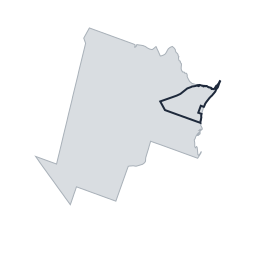 Trarza highlighted on a map of Mauritania, rotated 200°
{"feature_id": "MRT-2788", "entity_name": "Trarza", "entity_type": "Region", "adm_level": 1, "iso_a3": "MRT", "parent_name": "Mauritania", "parent_adm1": "", "projection": "robinson", "projection_center": [-15.679, 17.405], "detail": "fine", "context": "in_parent", "style": "outline", "palette": "slate", "viewbox_px": 256, "rotation_deg": 200, "n_neighbors": 0, "source": "natural_earth", "source_scale": "10m", "svg_char_len": 4697}
<svg xmlns="http://www.w3.org/2000/svg" viewBox="0 0 256 256"><g transform="rotate(200 128 128)"><path d="M112.0,218.9L111.7,218.8L110.3,217.7L109.7,216.5L108.6,215.5L107.1,214.9L106.2,214.2L105.7,213.3L105.2,212.8L104.6,212.5L104.5,212.2L104.7,211.8L104.5,211.1L103.6,209.4L102.8,208.7L102.1,208.8L101.7,208.6L101.5,208.2L101.4,207.7L100.9,207.2L100.1,207.0L99.4,205.8L98.9,203.6L98.3,201.8L97.5,200.6L96.9,200.1L96.5,200.0L96.3,199.8L96.2,199.5L95.6,199.3L94.7,199.7L94.0,199.6L93.6,199.0L93.0,198.9L92.4,199.4L91.6,199.3L90.8,198.5L90.3,197.7L90.2,196.9L88.8,195.3L86.1,192.9L83.1,191.8L79.9,192.0L78.1,191.9L77.7,191.5L77.3,191.5L76.9,192.0L76.4,192.1L76.0,191.8L75.7,192.0L75.6,192.6L74.5,192.9L72.3,192.9L70.5,193.3L69.2,194.0L67.3,194.3L64.9,194.2L63.4,194.0L62.9,193.5L62.2,193.4L61.3,193.7L60.5,194.8L59.8,196.9L59.2,198.1L58.7,198.4L58.2,200.0L57.9,202.6L57.5,203.8L57.5,197.2L58.2,194.8L58.4,192.6L59.9,187.9L61.7,184.0L63.4,178.8L64.0,173.8L63.8,168.9L63.3,164.5L62.5,161.6L61.7,157.5L60.5,155.3L58.3,153.3L57.8,152.2L58.3,151.8L59.7,151.5L60.5,150.0L58.7,150.6L60.8,146.0L61.4,142.9L61.3,140.8L61.7,139.5L60.2,136.8L58.9,133.3L58.3,132.8L57.7,132.5L57.6,133.3L57.3,134.0L56.5,133.6L55.2,131.1L53.3,127.0L52.6,126.5L52.1,127.1L51.7,127.6L51.1,131.1L50.9,129.7L51.2,128.1L51.6,126.1L52.2,123.4L53.8,123.4L56.7,123.4L62.5,123.4L65.4,123.4L71.2,123.4L74.1,123.4L80.0,123.4L82.9,123.4L88.7,123.4L91.6,123.4L97.4,123.3L100.3,123.3L102.2,123.3L102.1,121.4L102.0,119.9L101.9,117.8L101.7,115.7L101.6,113.6L101.5,111.7L101.4,109.8L101.3,108.0L101.2,106.3L101.0,105.4L100.4,103.5L100.2,102.6L100.4,101.6L100.8,100.6L101.9,98.9L103.6,97.6L105.6,96.1L107.1,95.0L107.9,94.7L110.2,94.3L112.1,93.4L113.9,92.6L114.6,92.1L114.7,90.5L114.4,55.1L123.3,55.1L125.7,55.1L142.0,55.1L144.4,55.1L156.3,55.1L156.3,53.4L156.2,51.0L156.2,47.7L156.1,44.4L156.0,38.6L156.0,36.2L158.3,37.8L163.1,41.0L165.5,42.7L170.3,45.9L175.0,49.1L179.8,52.4L182.2,54.0L184.6,55.6L187.0,57.2L189.4,58.9L194.2,62.1L196.2,63.5L199.3,65.6L202.2,67.7L205.1,69.7L200.7,69.7L194.8,69.7L190.8,69.7L186.7,69.7L182.8,69.7L183.2,73.1L183.6,76.7L184.0,80.4L184.4,84.0L184.8,87.6L186.1,98.6L186.5,102.2L186.9,105.8L187.3,109.5L187.7,113.1L188.6,120.4L189.0,124.0L189.4,127.7L189.8,131.3L190.2,135.0L190.7,138.6L191.5,145.9L191.9,149.5L192.3,153.2L192.7,156.8L193.1,160.5L193.6,164.1L194.0,167.7L194.4,171.4L195.2,178.7L195.6,182.3L196.0,185.9L196.4,189.6L196.8,193.1L198.4,195.0L200.3,197.3L199.8,200.6L199.2,204.5L198.5,208.8L193.2,208.8L188.0,208.8L175.0,208.8L172.4,208.8L159.3,208.8L156.7,208.8L151.7,208.8L150.2,208.7L149.6,208.4L149.4,206.2L149.0,206.3L148.5,207.0L148.2,207.7L148.3,208.6L148.2,209.4L146.5,209.7L144.3,210.2L141.9,210.6L139.5,210.5L138.7,210.3L137.8,210.0L135.9,209.7L134.8,209.6L133.6,209.7L132.2,209.9L131.8,210.3L130.7,212.0L129.7,213.9L129.0,213.9L128.3,212.8L126.2,210.8L123.7,208.2L122.5,206.9L121.9,206.8L120.7,207.7L119.7,208.6L118.6,209.8L118.1,211.1L117.8,212.5L117.6,214.2L117.2,216.2L116.3,217.7L115.3,218.9L114.5,219.5L114.2,219.8L112.0,218.9ZM59.6,147.2L58.8,148.6L58.5,148.0L58.3,147.1L59.1,145.8L59.4,145.1L60.0,144.8L59.6,147.2Z" fill="#d9dde1" stroke="#a8b0b8" stroke-width="1"/><path d="M77.8,191.6L77.6,191.4L77.2,191.4L77.1,191.5L76.9,191.9L76.9,192.0L76.7,192.2L76.3,192.0L76.2,191.8L76.1,191.7L75.9,191.6L75.7,191.8L75.6,192.0L75.9,192.4L76.0,192.5L75.9,192.7L75.8,192.8L75.5,192.9L74.2,193.1L73.4,193.0L73.0,193.1L72.8,193.1L72.2,193.4L71.8,193.4L71.7,193.3L71.6,193.2L71.4,192.9L71.2,192.9L71.0,193.0L70.9,193.2L70.6,193.7L70.4,193.8L70.1,193.9L69.5,193.8L69.4,193.8L69.2,193.9L68.9,194.2L68.7,194.3L68.4,194.4L68.2,194.3L67.9,194.2L67.3,194.1L66.8,193.9L66.6,193.9L66.2,194.0L65.7,193.8L65.0,194.1L64.9,194.1L64.7,194.1L64.4,194.1L64.0,194.2L63.7,194.2L63.4,194.0L63.2,193.8L63.1,193.5L63.0,193.4L62.8,193.4L62.7,193.3L62.4,193.4L62.0,193.7L61.9,193.8L61.7,193.8L61.2,193.7L60.9,193.8L60.6,194.0L60.4,194.2L60.2,194.5L60.1,194.8L60.0,195.3L59.5,197.8L59.4,198.0L59.2,198.3L58.7,198.4L58.5,198.6L58.4,198.9L58.4,199.9L58.1,200.5L58.0,201.1L57.9,201.3L57.8,202.9L57.7,203.7L57.4,204.2L57.6,201.8L57.6,200.5L57.5,197.5L57.6,196.6L57.7,196.3L58.1,195.6L58.2,194.8L58.3,194.6L58.4,194.2L58.4,192.6L58.5,192.0L59.5,189.1L59.8,188.6L60.0,187.6L60.2,187.2L60.8,186.2L61.9,183.6L62.0,183.2L63.4,178.8L63.8,177.0L63.8,175.1L64.0,173.8L67.2,173.8L67.2,169.7L67.2,166.4L63.7,166.4L63.5,165.1L63.4,164.5L62.7,163.0L62.4,161.1L62.2,160.5L62.3,160.2L62.3,159.8L61.8,157.8L61.7,157.6L86.5,157.5L87.0,157.5L99.4,157.5L106.8,164.0L96.8,172.2L93.3,175.1L90.4,178.0L85.8,185.5L82.7,188.1L82.4,188.5L82.0,188.9L81.0,189.4L79.2,190.4L78.0,191.3L77.8,191.6Z" fill="none" stroke="#1e293b" stroke-width="2"/></g></svg>